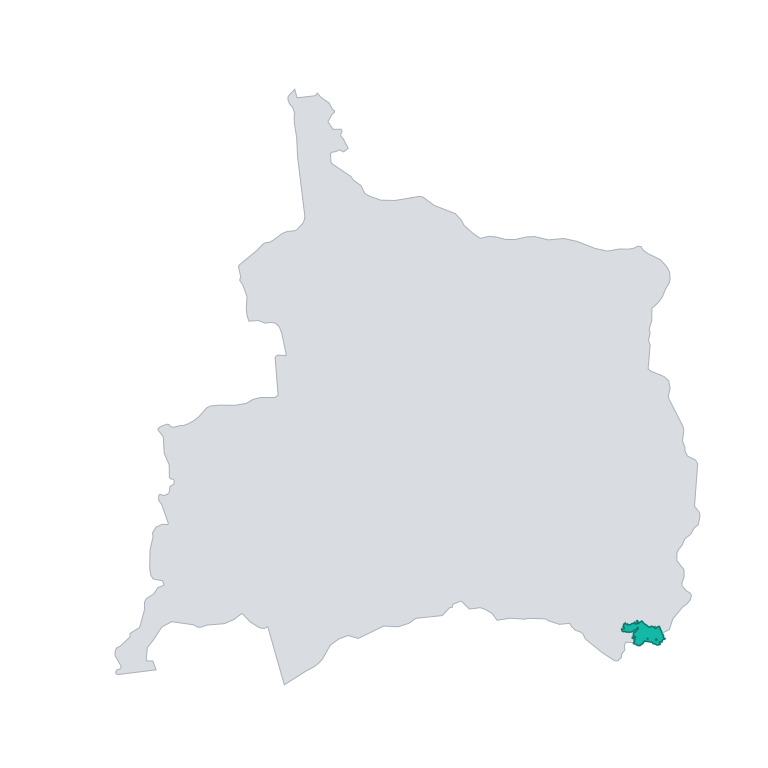 Aru, Orientale, Democratic Republic of the Congo shown in context, rotated 83°
{"feature_id": "63176286B14719092717616", "entity_name": "Aru", "entity_type": "district", "adm_level": 2, "iso_a3": "COD", "parent_name": "Democratic Republic of the Congo", "parent_adm1": "Orientale", "projection": "orthographic", "projection_center": [30.488, 3.028], "detail": "fine", "context": "in_parent", "style": "filled", "palette": "teal", "viewbox_px": 768, "rotation_deg": 83, "n_neighbors": 0, "source": "geoboundaries", "source_scale": "gbopen_adm2", "svg_char_len": 8254}
<svg xmlns="http://www.w3.org/2000/svg" viewBox="0 0 768 768"><g transform="rotate(83 384 384)"><path d="M670.4,519.6L610.8,528.9L611.9,532.2L611.4,535.7L609.9,538.4L603.9,545.7L594.9,552.4L594.9,554.0L599.4,561.4L602.4,571.6L601.7,589.6L603.0,594.4L602.8,598.2L599.8,602.4L594.0,623.8L598.1,634.2L609.8,643.9L616.7,651.0L628.2,653.6L630.0,653.2L630.7,647.3L639.9,645.0L640.0,683.0L639.3,685.1L637.7,685.6L635.4,684.4L634.7,680.8L632.3,679.2L621.2,683.9L618.3,683.8L615.3,682.9L613.0,681.0L612.3,678.1L604.3,667.1L600.5,666.3L596.0,656.3L578.3,649.0L571.6,648.4L568.0,646.1L564.4,638.2L558.5,633.2L557.1,627.6L555.9,626.7L552.3,627.9L549.4,636.8L545.4,638.8L538.2,639.0L520.0,636.4L507.0,631.7L503.7,632.0L498.4,627.9L496.2,621.0L497.2,615.7L496.3,615.0L476.6,619.3L472.0,621.9L467.5,621.2L466.1,619.8L468.0,616.2L466.9,612.2L465.4,610.4L459.6,608.9L457.6,604.6L454.1,604.0L452.9,604.6L452.1,607.5L450.0,608.4L438.2,607.0L426.0,610.6L409.7,609.5L402.0,613.9L400.9,613.8L399.2,611.5L397.4,604.2L398.2,602.3L400.6,600.8L401.3,597.9L400.3,590.4L400.9,588.6L399.9,584.2L397.3,577.3L393.8,571.6L386.2,563.1L384.7,559.1L385.0,549.5L387.0,534.4L386.5,523.2L383.3,515.9L382.4,508.0L384.1,493.8L382.1,490.4L344.7,488.9L343.2,487.8L342.4,485.8L343.9,477.4L321.3,479.3L314.5,480.9L310.4,484.3L309.1,488.6L309.1,494.8L305.8,500.6L305.1,510.5L298.9,511.6L292.7,511.5L280.6,509.3L268.9,511.9L263.3,514.6L260.2,513.2L249.8,514.1L248.4,513.4L235.8,493.6L230.3,487.0L229.2,483.8L229.5,480.7L227.9,476.6L222.1,466.4L220.9,461.7L221.0,454.3L220.3,451.8L215.1,445.4L211.7,443.2L208.1,442.1L148.2,442.1L128.5,440.6L114.3,441.2L107.0,440.5L105.0,439.6L98.5,440.8L95.1,443.4L90.1,444.7L86.9,444.1L80.6,436.7L88.9,435.5L89.4,434.8L89.5,417.2L87.2,414.7L91.6,411.8L98.6,404.1L105.6,401.5L106.5,399.9L108.0,400.0L110.6,403.3L116.8,407.7L124.3,404.0L125.1,403.0L125.9,395.5L127.8,394.8L131.0,396.5L132.8,396.6L136.1,394.4L145.7,390.8L148.7,395.7L146.1,400.0L147.4,403.1L147.7,408.0L149.3,409.1L157.0,409.7L159.2,408.6L174.1,391.5L178.0,389.5L184.3,382.7L192.8,379.7L196.4,374.3L201.2,364.6L203.2,350.6L202.1,326.3L202.9,323.0L213.0,312.2L223.6,292.5L230.8,287.3L236.2,285.3L244.5,278.1L251.2,270.8L250.2,262.0L251.8,254.7L255.4,245.5L256.6,235.6L255.4,225.2L256.0,216.7L261.0,203.3L261.5,187.7L266.1,174.7L275.1,158.2L279.4,145.9L278.7,133.7L280.0,124.8L279.7,119.5L278.1,114.9L279.0,112.0L282.3,110.9L286.6,106.4L294.3,94.5L302.5,88.7L308.2,86.9L314.1,87.2L317.9,88.3L324.1,93.0L331.1,96.9L336.4,101.6L341.6,108.9L354.2,110.6L359.6,113.3L363.0,114.3L364.2,113.6L366.8,114.0L372.8,116.2L377.6,115.1L401.1,120.0L403.8,117.7L410.6,105.3L415.5,101.0L423.6,100.6L429.9,103.1L433.3,103.1L462.4,92.5L466.2,92.0L476.8,94.7L483.7,93.0L486.5,93.5L492.4,91.7L497.3,84.2L501.4,82.4L543.2,90.7L549.7,86.7L552.7,86.3L562.0,89.2L564.8,93.8L570.4,97.8L574.4,104.3L580.6,108.0L583.8,111.5L587.5,113.9L595.1,114.8L604.8,108.9L611.7,109.5L618.5,112.8L620.9,112.6L626.1,109.2L628.9,105.5L631.5,104.7L635.6,106.3L638.9,109.8L641.8,114.8L652.4,126.0L662.5,130.7L665.1,137.6L668.8,137.0L670.6,137.6L673.3,142.0L675.1,142.8L675.5,144.6L672.9,148.7L670.5,156.6L673.7,161.4L671.0,168.4L669.7,175.6L673.0,177.4L677.3,177.3L681.2,181.1L684.2,181.6L687.4,185.7L686.7,189.0L676.7,200.7L661.6,215.2L656.5,216.9L653.8,219.6L652.0,223.8L647.6,227.4L644.2,228.8L643.9,239.2L638.8,250.0L636.8,252.2L634.1,269.8L634.6,272.8L631.8,287.1L632.3,300.5L624.9,304.7L619.9,311.2L617.7,315.8L617.8,326.6L609.5,333.2L608.9,334.7L611.0,342.4L614.0,343.6L614.1,346.2L620.9,354.4L620.5,379.6L620.9,382.1L624.4,388.0L626.7,399.5L624.2,413.9L633.4,440.5L629.3,450.2L631.3,459.4L636.7,469.2L649.6,478.7L653.0,482.7L656.2,488.0L659.3,496.2L670.4,519.6Z" fill="#d9dde1" stroke="#a8b0b8" stroke-width="1"/><path d="M672.0,168.1L672.1,167.8L672.5,167.0L672.6,166.8L673.0,165.8L673.3,165.5L673.6,165.3L673.7,165.1L674.0,164.7L674.3,164.4L674.6,163.7L674.6,163.3L674.9,162.1L674.9,161.7L674.3,161.0L674.2,160.8L674.0,160.5L673.7,159.6L673.5,159.2L672.9,158.6L672.5,158.0L672.4,157.9L672.2,157.9L671.9,157.7L671.6,157.6L671.4,157.4L671.0,156.9L670.8,156.4L670.9,156.2L671.3,155.8L671.3,155.7L672.1,152.4L673.0,149.6L673.1,149.3L673.4,149.0L674.3,148.8L674.8,147.8L674.8,147.6L674.8,147.4L674.8,147.2L674.9,146.9L675.1,146.7L675.6,146.0L675.8,145.6L676.4,144.8L676.4,143.1L676.3,142.2L676.2,141.8L676.0,141.7L675.7,141.5L675.2,141.6L674.4,142.1L674.2,142.3L673.8,142.1L673.7,142.1L673.5,141.8L673.5,141.4L673.6,140.9L674.0,140.1L674.0,139.9L674.0,139.6L673.9,139.4L672.5,139.1L672.2,139.0L672.0,138.7L671.7,138.3L671.6,137.7L671.6,136.9L671.5,136.5L671.3,136.2L671.1,136.0L670.7,136.1L670.5,136.3L670.3,137.2L670.1,137.4L669.9,137.6L669.7,137.7L669.4,137.7L669.1,137.6L668.7,137.5L668.3,137.3L667.9,137.2L667.7,137.2L666.9,137.7L666.6,138.0L666.3,138.2L665.4,138.5L664.6,138.7L664.3,138.6L664.2,138.5L663.6,138.6L662.0,139.1L660.8,139.7L660.7,139.7L660.0,139.6L659.6,140.0L659.4,140.1L659.1,140.2L658.7,140.0L658.2,140.2L658.1,140.3L658.1,140.5L658.2,141.2L658.2,141.4L658.2,141.5L658.5,142.4L658.9,143.1L659.1,143.4L659.3,143.6L659.8,143.8L659.7,144.1L659.7,144.3L659.6,144.5L659.4,144.6L659.2,145.0L658.9,145.0L658.5,144.9L658.3,144.9L658.2,144.8L657.9,144.7L658.0,145.5L658.0,146.3L657.8,146.8L657.6,147.4L657.4,147.4L657.4,147.5L657.1,147.6L657.0,148.0L657.3,148.4L657.3,148.7L657.2,149.0L657.2,149.3L657.5,149.8L657.6,150.3L657.7,150.5L657.5,150.8L656.9,151.5L656.1,152.1L655.5,152.6L655.1,153.0L654.9,153.3L654.5,153.8L654.1,154.4L653.6,155.0L653.2,155.3L652.0,155.9L651.6,156.2L651.1,156.6L650.6,157.1L650.7,157.5L651.0,157.7L651.2,157.8L651.3,157.9L651.3,158.3L651.5,158.8L651.6,159.1L651.7,159.4L651.7,159.6L651.9,159.8L652.7,160.4L652.2,161.0L651.5,161.1L650.8,160.9L650.3,161.0L649.8,161.2L649.7,161.4L649.7,161.6L649.7,161.8L649.8,162.0L650.0,161.8L650.7,162.0L650.8,162.0L651.1,161.9L651.4,161.9L651.5,161.9L652.2,162.1L652.3,162.1L652.4,161.7L652.5,161.6L652.9,161.9L652.9,162.4L652.8,163.0L652.9,163.3L653.0,163.6L652.7,163.9L651.9,163.8L651.2,163.8L651.0,164.0L650.9,164.3L651.3,164.8L651.8,165.0L652.1,165.5L651.9,166.5L652.0,167.4L652.4,167.7L652.8,168.7L652.9,169.9L653.0,170.8L652.8,171.2L652.0,171.4L652.3,171.8L652.1,172.4L651.8,172.7L651.4,173.2L651.1,173.5L650.9,173.8L650.7,173.8L650.9,174.1L651.0,174.2L651.1,174.3L651.2,174.5L651.5,174.8L651.6,175.0L651.6,175.4L651.8,175.5L652.1,175.4L652.4,175.3L652.6,175.3L652.9,175.7L653.0,175.8L653.7,176.0L653.9,176.2L654.3,176.4L654.4,176.2L654.7,176.1L654.9,175.3L655.2,175.2L655.5,175.2L656.0,175.5L656.4,176.1L656.4,177.3L656.0,177.8L656.1,178.1L656.9,178.0L657.7,177.8L658.4,177.6L658.5,177.6L658.7,177.1L658.9,176.9L659.0,176.5L659.1,176.2L659.1,175.8L658.9,175.4L658.8,175.1L658.8,174.9L658.9,174.7L659.0,174.6L659.3,174.5L659.4,174.3L659.6,173.8L659.6,173.7L659.8,173.6L659.7,173.3L660.0,172.5L659.9,172.1L660.0,171.8L660.3,171.2L660.4,170.9L660.3,170.6L660.2,170.0L660.3,168.8L660.0,168.1L659.9,167.1L659.8,166.9L659.5,166.4L659.4,166.3L659.4,166.1L659.4,165.9L659.3,165.7L659.1,165.6L658.9,165.4L658.6,165.1L658.5,164.9L658.4,164.8L658.4,164.5L658.6,163.8L658.6,163.7L658.4,163.4L658.3,163.2L658.1,163.1L658.0,162.8L657.9,162.5L657.4,162.6L657.1,162.6L656.5,162.0L656.8,161.6L657.1,161.5L657.4,161.4L657.9,161.5L658.2,162.0L658.5,162.6L658.7,162.9L659.0,163.4L659.4,163.7L659.9,163.8L660.2,164.0L660.7,164.7L661.0,165.4L661.2,166.0L661.4,166.5L661.7,166.8L662.1,166.9L663.2,166.7L663.4,166.8L663.7,167.2L663.9,167.3L664.3,167.3L664.6,166.7L664.9,165.9L665.0,165.7L665.6,165.3L665.8,165.3L666.3,165.3L666.6,165.6L666.9,165.8L666.9,166.0L666.6,166.2L666.4,166.3L666.2,167.0L665.7,167.3L665.5,167.5L665.5,167.8L665.6,168.1L665.7,168.5L666.2,168.7L666.6,168.4L667.1,167.8L667.5,167.2L667.8,166.2L668.1,166.1L668.5,166.2L668.9,166.5L669.3,167.0L669.6,167.2L669.8,167.0L670.1,166.8L670.5,166.7L670.7,167.0L670.9,167.1L671.1,167.5L671.5,168.0L672.0,168.1ZM670.2,144.9L670.3,144.5L670.6,144.4L670.8,144.2L671.1,144.2L671.4,144.3L671.5,144.4L671.7,144.6L671.8,144.9L671.7,145.1L671.6,145.3L671.4,145.6L671.2,145.7L670.9,145.7L670.7,145.6L670.4,145.3L670.2,144.9ZM668.8,153.1L669.0,153.1L669.3,153.1L669.4,153.4L669.4,153.5L669.2,153.8L668.9,153.9L668.7,153.8L668.6,153.6L668.6,153.3L668.7,153.2L668.8,153.1Z" fill="#14b8a6" stroke="#0f766e" stroke-width="1.5"/></g></svg>